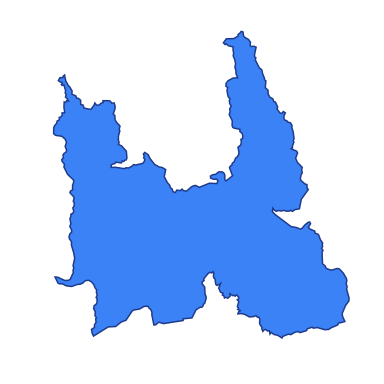 outline of Rio Pardo, Rio Grande do Sul, Brazil, rotated 174°
{"feature_id": "56859067B39474699620723", "entity_name": "Rio Pardo", "entity_type": "district", "adm_level": 2, "iso_a3": "BRA", "parent_name": "Brazil", "parent_adm1": "Rio Grande do Sul", "projection": "robinson", "projection_center": [-52.435, -30.08], "detail": "fine", "context": "isolated", "style": "filled", "palette": "blue", "viewbox_px": 384, "rotation_deg": 174, "n_neighbors": 0, "source": "geoboundaries", "source_scale": "gbopen_adm2", "svg_char_len": 5950}
<svg xmlns="http://www.w3.org/2000/svg" viewBox="0 0 384 384"><g transform="rotate(174 192 192)"><path d="M313.4,250.5L312.3,246.6L313.1,244.9L315.5,243.5L316.4,242.3L316.4,239.2L318.1,238.0L318.0,236.0L316.3,233.7L316.1,231.9L316.8,230.3L313.9,222.6L308.5,216.2L308.7,214.0L310.1,211.1L310.5,206.7L312.8,205.6L313.5,204.1L310.0,199.3L310.2,197.1L311.1,195.1L310.2,193.8L310.8,190.2L312.2,188.7L311.6,185.0L312.9,183.1L314.7,182.7L315.0,180.5L316.2,178.2L315.8,173.2L317.1,170.4L315.8,167.2L315.8,164.7L317.6,163.4L318.9,160.8L318.9,158.4L317.0,155.0L317.5,152.0L316.0,143.8L315.6,138.4L318.0,131.0L317.5,129.0L318.6,126.1L318.3,124.6L322.1,118.1L324.0,117.1L327.7,117.3L334.5,121.3L337.1,121.8L334.8,115.4L333.7,114.6L330.3,114.1L326.8,111.8L321.5,110.6L316.0,112.0L312.5,112.0L310.0,112.9L307.4,115.0L304.0,115.0L301.3,113.2L299.2,109.8L298.4,106.7L297.1,104.7L297.6,102.0L297.0,99.5L298.4,97.1L297.6,95.8L298.0,92.1L299.4,90.0L301.1,89.4L302.0,86.2L300.7,83.1L301.4,79.1L300.2,77.1L301.1,75.9L301.0,72.6L302.9,70.0L303.2,67.4L306.3,65.9L306.1,62.0L305.0,59.0L289.4,66.6L282.1,66.2L275.8,70.2L271.1,71.3L264.0,79.8L262.4,80.7L256.4,81.1L251.7,83.2L247.6,83.0L247.1,81.4L245.2,79.2L244.4,76.5L244.8,74.3L243.8,63.7L242.0,63.7L238.8,66.0L234.2,64.1L214.3,65.1L214.2,66.8L205.2,66.8L200.3,74.4L196.1,76.5L194.3,76.3L193.0,77.4L192.4,79.2L191.1,79.8L189.6,83.3L189.0,84.9L189.0,87.0L189.7,88.9L189.3,96.1L191.3,99.4L191.5,101.3L189.2,102.7L189.6,104.2L184.5,109.3L182.4,110.3L180.8,109.4L179.4,110.6L178.7,108.7L179.4,106.9L179.4,104.5L178.2,103.1L178.0,97.6L176.8,96.4L173.1,98.1L175.5,93.7L174.1,89.3L171.7,88.1L172.6,86.3L171.1,85.3L170.8,83.2L168.8,83.6L167.5,82.6L165.0,84.4L165.0,86.8L162.5,84.7L161.2,84.8L159.9,83.9L158.5,85.1L156.6,82.7L156.8,81.0L158.3,80.1L156.9,78.3L158.9,73.1L157.8,71.6L158.8,70.4L156.4,69.0L158.3,67.8L159.1,66.0L155.4,65.9L152.2,64.7L147.9,61.7L143.1,61.7L141.4,62.4L139.8,60.5L138.4,60.3L137.8,58.0L138.5,55.1L138.2,52.9L136.6,50.1L136.8,48.3L136.1,46.0L134.9,47.2L133.0,47.6L131.5,45.9L129.6,46.0L129.3,42.6L128.0,44.1L125.5,41.8L121.7,40.5L117.8,37.4L116.8,38.9L110.8,40.6L108.7,39.8L104.1,41.8L101.2,42.1L99.3,40.9L92.7,42.1L91.6,43.9L86.6,45.0L85.6,43.9L81.6,44.1L74.2,41.1L70.2,41.1L67.9,42.4L61.3,44.4L59.3,46.8L58.1,46.4L53.5,47.2L55.3,52.7L55.3,55.5L51.2,63.0L47.3,67.3L46.9,70.4L48.4,79.3L47.6,81.7L48.3,84.5L47.3,87.7L47.5,89.9L50.0,95.5L53.4,100.0L55.5,100.8L61.4,99.7L63.4,100.4L66.6,102.1L67.3,104.6L69.7,107.0L69.0,118.1L67.8,120.4L69.1,122.5L67.7,124.3L68.1,125.9L67.4,127.5L69.3,131.2L70.7,136.5L74.0,138.4L74.0,140.3L78.7,142.9L79.9,144.9L77.4,148.1L78.1,149.9L79.6,149.7L83.1,147.5L86.8,144.0L88.1,143.8L92.0,145.8L97.0,147.2L111.7,160.9L114.1,164.1L113.3,167.5L112.0,165.3L110.2,164.0L107.7,164.6L105.8,163.8L101.9,164.1L100.7,163.2L97.1,162.8L95.8,163.6L94.2,162.2L91.4,163.7L86.9,164.1L84.1,173.3L76.1,182.3L77.2,184.1L76.9,187.4L78.7,188.1L82.7,192.3L82.7,194.6L81.6,197.9L80.3,199.5L80.6,202.6L79.8,205.0L84.1,210.5L85.4,214.7L82.9,219.9L83.7,221.7L88.9,224.6L87.4,225.5L87.4,227.1L85.5,230.8L85.9,232.3L84.9,234.4L85.1,241.3L86.0,245.8L85.5,247.4L86.8,250.5L89.5,251.6L90.3,253.0L92.2,253.8L92.9,255.5L92.6,258.1L90.9,260.9L92.8,262.5L94.2,260.8L96.3,261.4L98.9,265.9L97.9,267.5L99.6,272.7L101.2,273.4L101.9,276.3L104.6,278.1L106.0,281.4L105.8,285.3L108.2,288.1L106.9,294.8L108.2,296.0L108.0,297.5L109.4,302.1L109.8,306.3L112.1,308.4L115.2,316.6L114.5,318.9L115.6,319.8L115.4,322.2L113.1,329.3L115.2,330.5L117.7,330.5L118.9,331.4L118.2,334.8L119.8,337.7L123.7,340.6L124.5,342.3L124.5,345.8L126.3,346.6L127.4,345.3L129.7,343.9L129.9,342.2L134.5,340.2L141.8,340.8L145.2,337.1L143.6,335.1L142.4,335.8L140.5,333.6L135.9,332.0L136.4,328.6L136.0,326.3L136.8,323.1L135.7,319.3L135.2,314.9L136.3,311.7L135.6,307.9L135.9,305.2L134.7,300.8L139.4,301.0L144.5,298.9L146.8,296.4L147.2,293.5L145.5,292.3L146.6,289.4L146.4,285.7L146.1,283.2L144.5,280.5L145.3,279.2L145.3,275.8L144.0,273.7L145.9,270.5L145.6,268.2L146.9,265.1L144.5,258.6L145.2,253.7L144.6,251.9L143.2,251.0L137.8,249.4L138.1,247.2L135.8,244.8L135.7,240.4L137.9,239.1L137.7,236.5L138.6,233.7L141.6,231.7L141.2,226.8L141.6,224.5L143.2,222.3L145.1,221.2L146.9,217.7L149.0,216.3L149.5,214.6L151.2,213.7L152.2,212.3L150.0,203.9L157.0,199.4L158.1,201.1L157.6,205.1L158.0,206.9L159.6,208.8L163.4,209.2L166.7,207.1L169.7,207.0L172.0,205.9L172.0,203.9L169.7,202.6L166.0,202.0L165.0,200.4L166.4,197.8L173.8,198.9L184.3,195.9L187.6,198.1L189.3,198.1L191.6,197.4L197.5,193.4L200.6,194.4L201.5,195.9L203.6,194.6L206.9,195.5L208.6,193.2L210.9,194.3L211.4,197.0L212.9,198.4L213.5,201.1L215.6,204.1L218.0,210.2L215.8,217.0L219.1,219.5L222.0,220.3L226.3,223.3L230.2,229.6L231.7,233.7L234.8,236.3L236.4,234.9L235.8,232.6L236.5,231.0L235.5,229.3L236.3,227.3L238.1,225.6L245.5,224.7L247.1,225.4L249.6,223.6L252.7,222.5L255.1,223.0L256.8,222.3L265.6,224.6L269.8,224.9L269.6,227.1L268.2,228.0L265.7,228.3L264.7,229.6L259.1,228.3L258.2,230.1L256.6,229.5L255.6,230.6L254.1,230.8L253.2,232.4L253.0,239.4L257.2,245.2L260.3,247.0L259.3,248.8L259.8,251.2L259.3,255.4L257.4,260.2L257.8,262.0L256.7,265.1L260.0,269.6L261.0,272.2L260.7,276.1L262.2,277.8L259.8,282.9L259.5,285.6L260.2,288.8L262.5,288.7L263.8,290.9L265.0,291.5L271.0,292.1L271.1,290.2L273.1,289.8L275.5,288.1L278.0,288.5L279.3,290.7L280.5,288.3L284.0,284.7L290.5,286.7L291.3,289.9L293.5,290.6L293.2,294.9L295.2,297.0L297.0,297.4L297.5,299.7L301.2,301.8L300.7,305.1L302.8,309.6L303.9,310.7L306.0,316.0L306.5,321.7L307.9,320.7L308.5,319.3L311.4,319.5L313.3,316.7L311.5,315.1L310.2,314.9L309.5,313.6L310.7,312.8L310.0,311.5L308.2,311.9L307.1,305.7L307.8,303.9L307.0,302.0L307.9,299.6L306.5,298.1L305.4,295.4L307.0,296.0L308.4,294.3L309.7,294.9L310.5,289.8L310.3,284.1L313.0,284.2L313.0,281.9L314.5,280.4L316.3,280.0L316.4,277.6L318.8,276.6L319.3,274.6L321.8,272.3L322.8,270.3L323.5,264.4L321.7,262.6L315.3,260.9L312.4,257.4L311.7,254.4L313.4,250.5Z" fill="#3b82f6" stroke="#1e3a8a" stroke-width="1.5"/></g></svg>